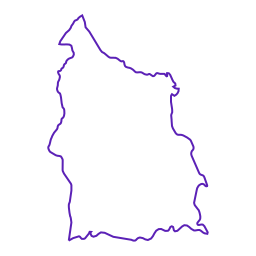 an SVG outline of Si Sa Ket
{"feature_id": "THA-425", "entity_name": "Si Sa Ket", "entity_type": "Province", "adm_level": 1, "iso_a3": "THA", "parent_name": "Thailand", "parent_adm1": "", "projection": "natural_earth1", "projection_center": [104.414, 14.961], "detail": "fine", "context": "isolated", "style": "outline", "palette": "violet", "viewbox_px": 256, "rotation_deg": 0, "n_neighbors": 0, "source": "natural_earth", "source_scale": "10m", "svg_char_len": 4478}
<svg xmlns="http://www.w3.org/2000/svg" viewBox="0 0 256 256"><path d="M195.0,230.5L193.9,230.4L191.3,228.9L189.2,227.0L187.0,225.5L184.3,225.2L182.2,226.4L177.4,230.8L175.0,231.3L173.9,230.3L173.1,227.0L171.8,226.3L170.5,226.9L168.9,229.9L167.9,230.8L165.2,230.9L161.2,229.0L158.7,229.1L156.2,230.7L154.4,233.4L152.9,236.2L151.1,238.5L147.9,240.0L145.3,239.4L142.8,238.1L139.9,237.5L138.2,238.0L136.9,239.0L135.9,240.1L135.0,240.6L134.5,240.6L133.5,240.6L132.5,240.3L131.4,239.8L113.3,236.8L104.7,232.8L100.9,232.4L98.5,233.9L96.4,235.8L93.5,236.7L91.6,235.9L90.7,234.2L90.5,232.5L91.0,231.9L89.7,231.8L89.3,232.4L89.1,233.3L85.1,238.3L83.9,238.9L81.9,238.9L80.8,237.9L80.0,236.8L79.0,236.3L73.2,238.1L68.7,240.6L68.8,240.5L71.4,222.5L70.8,218.2L70.5,216.9L70.2,216.4L69.5,212.8L68.9,207.9L68.8,205.7L68.9,204.2L69.8,201.8L71.4,190.6L71.4,185.2L71.0,183.9L70.7,183.4L64.0,173.6L62.8,171.1L62.6,170.0L62.7,160.7L62.6,159.4L61.5,157.3L61.2,156.9L60.8,156.4L60.2,156.2L58.9,155.9L58.2,155.9L56.9,155.6L55.7,155.2L50.2,151.9L49.7,151.3L49.2,150.5L48.5,148.9L48.3,147.9L48.3,147.1L48.8,146.0L49.2,145.5L49.7,144.1L50.8,139.5L51.3,138.3L51.6,137.7L52.3,135.9L54.1,132.7L57.0,129.2L57.5,128.0L57.7,126.6L57.9,126.0L58.2,125.4L58.5,125.0L60.4,123.7L60.8,123.2L61.0,122.6L61.3,121.7L61.5,119.6L61.6,119.1L61.8,118.7L62.6,118.0L63.0,117.7L63.5,117.0L64.0,115.8L64.4,113.5L64.3,110.7L64.1,109.3L63.7,108.5L62.6,107.3L61.7,103.3L61.0,97.4L60.5,95.0L60.0,93.5L59.0,92.8L58.4,92.3L57.8,91.6L57.2,90.0L57.0,89.0L57.1,88.1L57.5,86.6L57.8,85.3L57.9,82.9L58.2,81.7L58.6,81.0L59.0,80.2L59.4,79.2L59.9,77.0L59.8,75.9L59.5,75.1L59.0,74.5L58.6,73.8L58.1,72.5L58.1,71.7L58.4,71.2L58.9,71.1L59.5,71.1L60.1,70.9L60.5,70.7L61.0,70.2L61.2,69.7L61.5,68.7L61.8,68.4L62.6,68.0L63.1,67.5L63.6,66.7L63.9,65.2L64.3,64.4L64.8,63.9L65.3,63.6L65.8,63.2L66.1,62.4L66.2,61.6L66.5,61.0L66.8,60.5L68.0,59.3L68.5,58.9L69.5,58.4L71.7,57.6L72.3,57.3L72.8,56.7L73.2,56.0L73.8,54.6L73.7,52.8L72.4,50.5L71.9,47.8L71.3,45.7L69.5,44.6L67.0,44.4L61.6,44.5L59.3,44.1L60.3,41.2L65.9,33.0L69.2,30.1L70.7,27.9L71.5,25.8L73.0,23.8L74.2,21.5L75.0,20.6L75.7,20.3L76.4,20.1L77.6,19.4L78.4,18.1L79.9,16.8L82.2,15.4L84.8,22.0L85.6,27.3L89.3,31.6L100.4,50.0L102.0,52.0L104.1,53.1L105.1,53.9L108.5,56.8L109.5,57.4L110.1,57.6L110.7,57.7L115.5,57.8L116.5,58.2L117.7,58.8L119.8,60.5L120.9,61.2L121.8,61.4L122.3,61.2L123.0,61.1L123.5,61.4L123.9,61.9L124.1,62.4L124.3,63.2L124.4,64.1L124.8,65.4L125.2,66.2L125.8,66.7L126.2,67.0L128.1,67.6L129.4,67.8L130.5,68.2L131.0,68.4L133.0,69.7L135.1,71.7L135.5,72.0L136.0,72.3L137.4,72.4L140.1,72.2L141.1,72.3L141.5,72.4L142.0,72.6L144.5,74.1L145.1,74.3L146.3,74.6L147.0,74.7L147.6,74.6L149.0,74.0L149.3,74.0L149.6,74.0L150.4,74.5L152.3,75.8L152.8,76.1L153.4,76.1L153.9,76.0L154.4,75.7L155.4,74.5L155.8,73.9L156.0,73.8L156.2,73.5L156.7,73.2L157.2,73.1L157.8,73.2L159.0,73.6L160.3,73.9L164.4,73.9L164.6,74.0L166.2,76.0L166.7,76.3L167.1,76.1L167.2,75.5L166.9,74.0L166.9,73.8L167.0,73.6L167.1,73.1L168.1,73.2L168.8,73.3L170.2,74.9L172.1,79.1L171.9,78.8L173.3,81.6L174.0,82.4L174.7,82.9L175.3,83.7L175.5,85.5L173.3,86.7L174.8,88.0L176.6,88.6L178.7,88.7L178.5,91.2L177.6,93.1L176.3,94.6L174.4,95.8L172.0,94.2L171.2,95.4L171.1,95.8L171.0,96.5L171.0,101.9L172.1,109.0L172.2,110.9L172.2,112.3L171.5,114.1L171.3,114.7L171.2,115.5L171.6,119.8L171.6,120.7L172.0,126.0L172.9,128.4L175.6,133.0L176.3,133.8L176.8,134.2L177.2,134.5L177.8,134.7L178.4,134.8L181.0,134.8L182.3,135.1L183.4,135.5L187.1,137.5L189.9,139.5L190.6,140.3L190.9,140.8L193.4,146.5L193.5,147.2L193.6,148.0L193.3,149.3L192.8,150.0L192.0,150.9L191.7,151.4L191.5,152.0L191.3,152.7L191.2,153.5L191.3,154.6L191.7,155.9L199.1,172.9L199.4,173.4L199.7,173.9L200.2,174.3L200.7,174.6L201.2,174.8L202.4,175.2L202.9,175.4L203.4,175.8L203.8,176.2L204.1,176.8L204.4,177.4L207.1,185.1L207.2,185.7L207.1,186.1L206.4,186.3L205.9,186.2L205.4,185.9L204.2,184.7L203.8,184.3L203.3,184.1L202.6,183.9L202.0,183.9L201.4,184.0L200.8,184.2L199.3,185.1L198.9,185.5L198.5,185.9L197.6,187.4L197.3,187.9L196.9,189.2L194.1,202.7L194.3,203.8L194.8,205.2L198.1,209.5L198.5,209.9L198.8,210.5L199.2,211.5L199.7,213.2L200.3,216.2L200.3,217.7L200.2,218.8L199.7,219.9L199.3,220.4L197.7,222.4L197.5,222.7L197.3,223.2L197.3,223.8L197.6,224.4L197.9,224.8L198.9,225.0L199.5,224.9L200.2,224.7L201.6,224.5L202.2,224.5L202.9,224.7L204.4,226.2L207.7,232.3L207.3,233.8L204.5,233.3L203.2,232.6L200.7,230.6L199.5,230.0L198.0,230.0L195.0,230.5Z" fill="none" stroke="#5b21b6" stroke-width="2"/></svg>